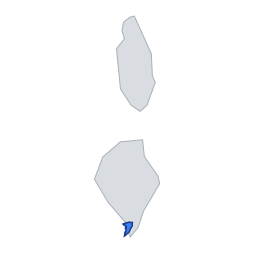 Vaisigano West, Vaisigano, Samoa (highlighted), rotated 246°
{"feature_id": "51752279B83284410514886", "entity_name": "Vaisigano West", "entity_type": "district", "adm_level": 2, "iso_a3": "WSM", "parent_name": "Samoa", "parent_adm1": "Vaisigano", "projection": "natural_earth1", "projection_center": [-172.718, -13.526], "detail": "fine", "context": "in_parent", "style": "filled", "palette": "blue", "viewbox_px": 256, "rotation_deg": 246, "n_neighbors": 0, "source": "geoboundaries", "source_scale": "gbopen_adm2", "svg_char_len": 1771}
<svg xmlns="http://www.w3.org/2000/svg" viewBox="0 0 256 256"><g transform="rotate(246 128 128)"><path d="M94.9,76.5L111.8,93.2L118.5,115.3L111.3,136.5L95.3,131.3L72.0,135.8L64.3,134.3L45.7,108.3L32.8,96.6L27.6,85.7L44.1,86.9L68.1,79.6L94.9,76.5ZM227.7,179.3L186.3,179.5L165.8,171.5L158.5,171.4L141.0,154.6L138.3,145.8L147.5,140.1L166.7,137.0L205.1,149.7L210.9,161.0L219.7,162.2L226.6,167.1L228.4,175.1L227.7,179.3Z" fill="#d9dde1" stroke="#a8b0b8" stroke-width="1"/><path d="M42.4,84.5L42.4,84.4L42.2,84.4L41.9,84.4L41.8,84.5L41.7,84.6L41.6,84.8L41.6,85.0L41.4,85.3L41.2,85.4L40.9,85.2L40.9,85.3L40.7,85.4L40.5,85.5L40.4,85.4L40.3,85.5L40.2,85.5L40.0,85.8L39.9,85.8L39.7,85.8L39.6,86.0L39.4,86.0L39.2,86.1L38.9,86.0L38.9,85.9L38.6,85.9L38.4,85.7L38.4,85.8L38.3,85.7L38.2,85.7L37.9,85.6L37.7,85.5L37.6,85.4L37.6,85.5L37.5,85.4L37.5,85.5L37.4,85.6L37.2,85.5L36.7,85.4L36.4,85.3L36.2,85.2L35.9,85.0L35.8,84.9L35.7,84.7L35.4,84.5L35.3,84.4L35.1,84.3L35.1,84.2L34.9,84.1L34.7,84.0L34.5,83.9L34.4,83.8L34.4,83.7L34.3,83.4L34.2,83.3L34.2,83.2L33.9,83.1L33.7,83.0L33.7,82.9L33.5,82.7L33.4,82.5L33.4,82.4L33.1,82.4L32.9,82.3L32.7,82.4L32.4,82.3L32.3,82.2L32.3,82.3L32.3,82.2L32.2,82.2L31.9,82.2L31.7,82.1L31.5,81.9L31.4,81.8L31.5,81.7L31.4,81.7L31.2,81.4L31.2,81.2L30.8,80.9L30.9,81.5L30.9,81.8L31.0,82.0L31.1,82.4L31.2,82.7L31.3,83.1L31.4,83.3L31.5,83.6L31.7,83.8L31.8,84.1L31.9,84.5L31.9,84.8L32.2,85.7L32.4,86.2L32.5,86.6L32.8,87.0L33.8,88.2L34.8,88.9L34.6,89.0L34.9,89.3L35.3,89.8L35.5,90.1L35.7,90.4L35.9,90.6L36.5,91.8L37.0,92.1L38.2,92.7L38.4,92.7L39.0,93.1L39.5,93.3L39.9,93.6L41.7,90.3L41.7,88.6L42.0,88.5L42.2,87.7L42.2,87.2L42.0,86.4L42.0,86.2L42.0,85.8L42.1,85.6L42.2,85.3L42.3,85.1L42.3,84.9L42.4,84.5Z" fill="#3b82f6" stroke="#1e3a8a" stroke-width="1.5"/></g></svg>